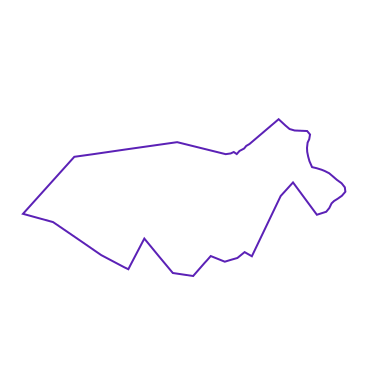 Bodó, Rio Grande do Norte, Brazil (Mercator projection), rotated 36°
{"feature_id": "56859067B28283523222069", "entity_name": "Bodó", "entity_type": "district", "adm_level": 2, "iso_a3": "BRA", "parent_name": "Brazil", "parent_adm1": "Rio Grande do Norte", "projection": "mercator", "projection_center": [-36.402, -5.954], "detail": "fine", "context": "isolated", "style": "outline", "palette": "violet", "viewbox_px": 384, "rotation_deg": 36, "n_neighbors": 0, "source": "geoboundaries", "source_scale": "gbopen_adm2", "svg_char_len": 921}
<svg xmlns="http://www.w3.org/2000/svg" viewBox="0 0 384 384"><g transform="rotate(36 192 192)"><path d="M312.5,124.2L311.6,119.2L312.2,115.8L313.6,112.4L315.5,106.9L315.9,101.6L312.9,98.4L307.9,97.0L302.0,97.0L292.0,96.2L287.0,97.0L283.8,97.8L278.8,99.5L274.5,101.3L269.0,98.1L265.2,95.1L261.6,91.8L259.1,88.7L256.5,84.1L255.8,80.4L253.7,76.1L249.3,75.0L238.9,81.9L233.9,83.7L228.6,83.3L219.3,82.2L210.3,119.4L208.8,122.8L208.6,126.2L206.3,130.9L205.9,135.0L202.3,135.1L200.6,138.1L197.0,141.6L150.7,160.4L113.4,196.5L89.5,219.8L76.1,232.7L68.1,309.0L80.6,304.3L97.3,298.0L128.3,297.1L148.4,296.6L155.7,296.4L181.5,292.7L185.9,291.9L185.1,286.9L180.8,257.7L203.9,263.7L224.1,268.8L242.3,259.3L243.9,241.7L244.3,238.4L244.8,232.8L259.5,229.1L263.2,224.2L267.5,218.7L269.9,209.7L278.2,208.8L266.1,143.1L268.1,124.9L306.4,137.0L310.0,132.1L312.2,129.1L312.5,124.2Z" fill="none" stroke="#5b21b6" stroke-width="2"/></g></svg>